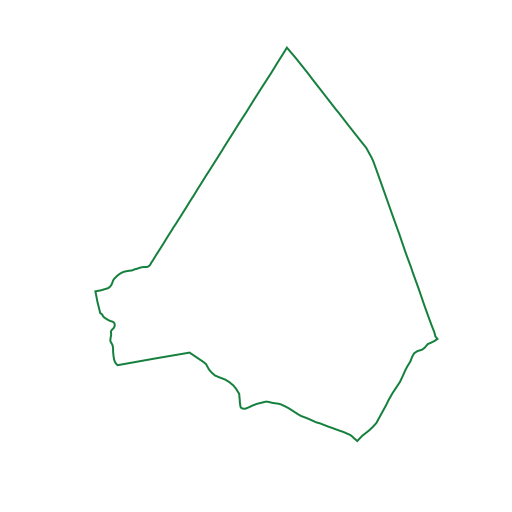 Dujis, North-Eastern, Kenya (Mercator projection), rotated 350°
{"feature_id": "3690345B59068653601742", "entity_name": "Dujis", "entity_type": "district", "adm_level": 2, "iso_a3": "KEN", "parent_name": "Kenya", "parent_adm1": "North-Eastern", "projection": "mercator", "projection_center": [39.729, -0.425], "detail": "fine", "context": "isolated", "style": "outline", "palette": "green", "viewbox_px": 512, "rotation_deg": 350, "n_neighbors": 0, "source": "geoboundaries", "source_scale": "gbopen_adm2", "svg_char_len": 3644}
<svg xmlns="http://www.w3.org/2000/svg" viewBox="0 0 512 512"><g transform="rotate(350 256 256)"><path d="M91.7,262.9L91.9,273.9L92.7,285.2L93.8,286.2L94.5,287.3L94.8,288.5L95.4,289.5L96.1,290.4L97.0,291.3L97.8,292.0L99.0,293.1L100.3,294.1L101.4,294.8L102.4,295.3L103.9,296.1L104.8,297.4L104.9,298.5L104.9,299.7L104.3,301.0L103.5,302.1L102.4,302.9L101.0,303.9L100.1,305.0L99.9,306.3L99.8,307.5L99.6,308.7L99.0,310.3L98.6,311.4L98.3,312.3L97.9,313.6L97.9,314.9L98.3,316.2L98.9,317.8L99.2,319.0L99.3,320.3L99.2,321.6L99.1,323.1L98.8,324.5L98.6,325.8L98.5,327.5L98.4,328.9L98.3,329.8L98.3,331.4L98.3,333.3L98.5,334.9L98.7,336.0L99.4,337.4L100.1,338.7L100.8,339.5L137.3,339.4L173.8,339.6L175.1,340.9L176.4,342.1L179.8,345.4L183.3,348.8L184.5,349.9L185.7,351.1L186.9,352.5L188.1,353.9L188.6,355.6L189.2,357.3L189.7,358.8L190.3,360.2L191.3,361.8L192.2,363.3L193.6,365.0L195.0,366.7L196.8,367.8L198.6,369.0L201.5,370.7L204.4,372.5L206.2,374.1L208.1,375.8L209.6,377.7L211.2,379.5L212.1,381.2L213.1,382.8L213.8,384.6L214.5,386.4L214.9,387.4L215.5,388.7L215.4,389.9L215.3,391.0L215.1,393.3L215.0,395.2L214.7,396.9L214.6,398.7L214.6,399.9L214.5,401.2L214.7,402.4L215.4,403.3L216.4,403.9L217.8,404.4L219.4,404.5L221.5,404.0L223.3,403.6L225.1,403.1L226.9,402.6L229.4,402.1L231.8,401.7L235.5,401.5L239.2,401.2L240.7,401.2L242.0,401.5L243.6,402.1L245.1,402.8L246.6,403.5L248.2,404.0L250.3,404.7L252.5,405.4L253.4,405.8L254.4,406.3L255.3,406.8L256.1,407.4L257.4,408.3L258.8,409.3L260.1,410.3L261.4,411.3L262.4,412.2L263.3,413.0L264.6,414.2L265.8,415.3L266.7,416.2L267.7,417.1L269.9,419.1L272.2,421.1L273.1,421.7L276.4,423.6L279.3,425.4L282.7,427.7L286.3,430.2L288.0,431.0L289.3,431.6L290.8,432.4L292.2,433.3L294.8,434.9L297.4,436.5L301.6,438.8L305.8,441.3L308.1,442.6L310.5,443.9L312.0,444.8L313.4,445.7L315.1,446.9L316.8,448.0L317.8,448.7L318.7,449.6L319.8,451.0L320.9,452.5L321.7,453.5L322.6,454.5L323.6,455.8L329.4,451.5L333.2,449.5L337.1,447.4L341.5,444.5L345.5,441.4L358.3,425.4L361.7,420.7L366.5,414.9L376.0,404.9L380.5,398.5L383.1,394.6L385.5,391.4L389.7,386.7L392.4,382.2L394.9,379.2L398.5,377.7L403.3,377.1L406.1,375.7L409.8,372.6L413.9,371.6L417.2,370.6L420.3,369.2L418.8,366.6L418.3,361.7L417.1,355.8L415.6,347.6L413.4,335.0L410.3,315.3L407.4,298.9L406.9,295.1L404.0,279.2L400.9,259.2L397.4,239.1L394.1,219.2L391.4,203.1L388.0,183.3L386.9,179.1L383.3,168.5L379.2,161.1L369.6,143.2L362.2,129.1L360.0,125.3L349.4,105.2L341.8,90.9L339.2,85.7L329.5,67.9L322.6,56.2L318.4,60.9L317.6,61.8L312.2,67.7L311.5,68.5L309.5,70.7L306.1,74.6L302.3,78.9L292.5,89.4L281.4,101.5L271.5,112.6L263.7,120.9L253.4,132.3L244.1,142.5L241.5,145.5L233.8,154.0L223.3,165.5L220.0,169.0L218.0,171.3L217.3,172.1L216.5,172.9L214.5,175.2L212.2,177.7L211.5,178.4L210.2,179.9L204.4,186.5L203.5,187.4L200.9,190.2L196.2,195.5L195.5,196.4L194.6,197.3L192.8,199.3L192.0,200.1L191.2,201.0L189.2,203.3L186.3,206.4L185.3,207.5L183.6,209.4L182.5,210.6L181.4,211.7L179.2,214.0L178.4,214.9L177.7,215.8L176.9,216.7L176.1,217.5L174.3,219.5L172.0,222.0L166.2,228.6L160.3,235.0L159.6,235.8L157.5,238.0L153.8,242.3L152.3,243.8L151.4,244.8L150.8,245.6L149.7,246.8L147.7,247.8L146.2,247.8L143.9,247.4L142.9,247.3L141.5,247.3L140.1,247.3L138.9,247.5L137.1,247.8L135.6,248.0L134.4,248.0L133.5,248.2L132.3,248.5L131.2,248.7L129.9,248.6L128.6,248.5L125.8,248.5L124.7,248.5L123.4,248.6L122.3,248.8L121.0,249.1L119.3,249.7L118.4,250.1L116.4,251.1L115.4,251.7L113.4,253.1L112.6,253.7L111.7,254.5L110.7,255.8L110.0,257.2L109.2,258.4L108.6,259.3L107.8,260.1L106.9,260.9L105.0,261.9L103.3,262.2L102.3,262.3L100.5,262.5L99.5,262.6L97.3,262.9L91.7,262.9Z" fill="none" stroke="#15803d" stroke-width="2"/></g></svg>